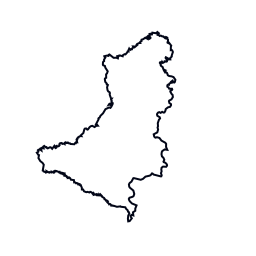 Lizarda, Tocantins, Brazil, rotated 46°
{"feature_id": "56859067B27503487579570", "entity_name": "Lizarda", "entity_type": "district", "adm_level": 2, "iso_a3": "BRA", "parent_name": "Brazil", "parent_adm1": "Tocantins", "projection": "albers", "projection_center": [-46.961, -9.496], "detail": "fine", "context": "isolated", "style": "outline", "palette": "ink", "viewbox_px": 256, "rotation_deg": 46, "n_neighbors": 0, "source": "geoboundaries", "source_scale": "gbopen_adm2", "svg_char_len": 5800}
<svg xmlns="http://www.w3.org/2000/svg" viewBox="0 0 256 256"><g transform="rotate(46 128 128)"><path d="M59.9,95.2L60.5,95.5L61.6,95.4L62.2,97.8L63.3,98.7L63.1,99.7L63.4,100.4L64.9,102.0L65.6,102.3L67.3,101.5L68.9,102.4L73.1,103.2L74.1,105.1L74.2,106.5L76.7,108.8L76.4,110.2L76.7,110.7L79.0,112.3L81.3,112.4L81.9,113.0L83.1,112.6L84.1,114.7L86.5,116.4L87.9,116.8L89.5,116.4L90.4,116.8L90.8,117.6L91.9,118.3L95.2,119.8L95.6,119.3L95.9,120.5L97.3,120.9L97.5,121.5L99.1,122.1L99.6,121.8L100.0,122.4L98.0,123.8L97.7,125.0L97.9,125.7L98.1,125.2L100.7,124.1L101.1,125.2L101.3,126.7L100.1,127.3L98.8,131.1L100.1,135.8L100.1,139.4L100.8,141.0L100.5,142.1L100.6,142.7L101.3,143.1L103.1,148.5L103.8,147.9L105.4,148.1L104.4,149.2L104.1,151.4L101.6,152.2L100.9,153.5L100.7,154.9L101.2,157.8L100.9,158.4L99.3,158.4L98.5,159.4L98.6,160.3L100.6,163.6L100.5,167.0L101.4,167.2L100.9,167.6L100.2,169.4L100.5,170.3L100.0,170.7L100.5,172.8L101.2,172.7L101.4,173.6L103.0,174.5L102.2,175.2L102.7,176.0L102.1,176.4L102.4,177.9L99.5,180.5L98.7,180.4L98.0,181.2L96.7,181.3L96.7,182.0L96.1,182.7L95.0,182.7L94.7,183.6L95.6,184.7L94.9,184.8L93.9,186.2L93.5,185.9L92.4,186.4L91.7,187.8L92.0,188.7L92.8,189.0L93.0,190.3L92.1,192.0L91.3,191.7L91.1,192.2L92.3,193.3L92.2,194.0L91.3,194.1L89.7,193.5L90.3,197.0L88.2,197.0L87.6,197.6L86.9,199.9L86.3,200.2L85.1,199.9L84.7,200.6L82.7,200.7L82.5,201.9L82.8,202.5L84.0,202.9L83.4,203.4L82.5,203.4L82.0,205.0L82.6,205.0L84.0,205.9L82.3,206.2L81.4,207.6L81.4,208.2L82.3,208.3L82.8,209.1L82.4,210.7L85.2,211.2L85.7,210.9L87.4,213.3L90.9,214.1L93.7,213.7L95.9,214.1L99.3,218.8L99.8,218.5L100.5,218.9L101.6,218.5L102.4,217.7L103.0,218.0L103.5,217.0L102.6,216.5L105.3,215.7L105.2,215.1L106.6,214.1L106.3,213.6L107.0,213.6L107.3,212.9L108.0,212.7L107.5,211.8L107.8,211.1L108.6,211.3L108.2,210.1L108.9,209.6L109.2,209.9L110.1,208.9L111.2,208.6L111.6,208.0L113.9,207.3L114.1,207.8L116.8,206.2L117.1,206.6L117.9,205.8L118.8,205.9L118.8,206.4L119.8,205.6L120.7,206.1L121.3,205.6L122.0,206.1L122.3,205.3L122.8,205.3L122.9,204.6L124.0,204.5L125.5,205.0L127.9,203.1L129.7,204.5L130.1,203.9L131.7,203.8L131.8,203.2L132.7,202.7L133.9,203.0L134.0,202.2L134.6,201.9L134.7,202.4L136.2,202.2L136.4,201.7L138.9,202.7L140.2,203.9L141.1,203.0L143.0,203.6L145.2,202.6L145.7,201.6L147.6,200.5L147.6,199.6L148.0,199.2L149.7,198.9L150.6,199.1L150.5,198.0L151.1,198.0L151.4,198.5L152.3,198.3L152.5,198.7L153.4,197.0L153.9,197.4L154.6,197.2L154.7,196.0L155.3,196.6L155.8,196.2L155.7,195.4L156.4,195.3L156.2,194.6L157.2,194.5L156.9,194.0L158.9,194.0L159.4,194.4L161.8,193.8L162.9,194.4L163.4,194.0L165.1,194.3L165.3,193.6L166.8,193.4L167.1,194.5L169.3,194.3L169.8,194.6L170.3,193.7L171.3,193.6L172.2,194.0L173.0,192.9L173.7,192.8L174.0,192.3L177.0,190.7L179.1,187.9L179.6,187.9L183.2,185.0L184.8,185.5L186.9,185.4L188.3,186.1L188.8,185.8L190.4,186.4L191.2,188.7L193.2,191.1L195.3,192.7L196.1,191.5L195.6,188.0L193.9,187.7L192.9,187.0L193.0,185.7L194.6,184.9L192.1,183.0L192.6,180.3L191.0,178.7L189.6,175.6L185.0,177.6L181.9,177.6L180.5,177.2L179.6,176.7L179.2,175.4L180.7,172.4L180.8,171.2L179.8,169.3L176.7,167.6L172.4,168.1L171.1,167.9L169.2,166.5L168.7,164.9L169.0,162.8L167.8,159.1L168.1,158.6L174.1,154.8L175.0,152.6L175.1,149.2L177.4,145.4L177.6,144.0L177.3,142.3L177.7,142.0L179.3,141.9L185.5,138.1L185.9,137.6L185.4,136.6L183.4,135.7L182.5,133.9L181.0,132.9L179.9,131.4L180.1,129.6L182.4,127.5L182.2,126.1L181.7,125.6L180.3,125.2L178.6,125.4L177.4,126.0L176.9,125.9L176.1,124.0L175.4,123.7L174.0,123.2L172.0,123.3L170.1,122.1L168.7,120.3L168.4,119.3L168.9,116.5L171.0,114.9L168.1,113.8L165.9,111.6L164.5,111.4L160.3,112.7L157.0,112.3L154.7,113.6L154.2,114.8L153.6,115.1L152.4,115.1L150.4,113.9L151.5,110.0L150.0,107.4L148.2,106.4L147.6,105.2L145.2,103.2L143.5,99.9L143.4,98.3L142.3,97.7L139.6,98.4L138.5,97.8L138.0,97.1L137.8,95.7L138.3,94.5L139.8,94.0L140.1,92.2L141.5,91.8L142.1,91.0L141.6,89.2L140.6,87.7L140.9,84.9L142.0,83.0L141.5,81.2L140.7,80.5L138.8,80.9L137.1,79.9L136.9,79.2L137.6,76.9L136.9,74.2L135.1,72.9L133.9,73.0L131.2,72.3L130.8,71.8L131.2,70.1L131.1,69.5L130.3,69.1L128.4,71.1L126.9,70.7L125.6,71.0L124.6,70.0L124.7,68.8L125.4,68.5L124.8,67.1L125.0,66.4L125.8,65.1L124.7,64.9L124.9,63.0L126.6,63.6L127.5,63.0L127.4,62.2L126.2,60.4L123.0,59.9L121.1,60.8L119.2,62.3L117.7,62.7L115.6,61.7L114.1,61.9L113.9,62.7L112.0,62.3L112.3,61.1L110.5,61.8L108.1,60.7L106.5,61.1L105.4,60.8L105.1,60.3L103.3,59.9L103.0,59.5L103.4,58.7L104.0,58.8L104.9,58.1L104.4,57.5L105.4,57.6L105.9,55.8L105.5,55.3L107.1,54.1L107.1,53.7L106.4,53.3L106.5,52.4L104.2,52.5L103.6,52.2L103.4,51.6L106.3,50.7L107.0,50.9L108.1,49.9L107.0,49.0L107.0,46.9L106.3,46.3L104.5,42.9L102.9,42.3L102.1,42.4L101.7,43.1L99.3,40.7L98.8,39.7L95.2,39.3L95.1,40.0L94.1,40.3L93.7,40.0L93.5,39.1L92.0,37.7L90.4,38.1L89.9,37.9L90.0,37.1L89.4,37.2L89.2,37.9L88.6,38.0L89.0,38.9L86.3,39.1L85.9,39.8L84.3,40.2L83.8,41.3L83.0,41.2L81.8,41.9L81.3,40.0L79.4,40.2L79.7,41.6L79.2,41.6L79.1,42.2L76.4,44.2L76.8,44.7L76.5,45.2L77.3,45.8L76.6,46.7L76.1,46.3L75.7,46.5L75.3,47.2L76.4,47.9L76.5,48.4L75.7,49.3L75.7,50.9L76.7,51.6L78.3,49.0L78.8,49.2L78.8,50.6L77.5,51.3L77.9,51.9L76.4,52.3L76.1,52.6L75.3,52.4L75.0,52.8L74.7,55.3L73.9,56.9L74.9,58.0L74.5,58.7L74.6,59.7L75.4,60.1L74.7,60.8L73.9,63.1L74.1,64.0L74.7,63.9L74.5,67.1L73.5,67.0L72.8,67.7L73.9,68.0L73.6,69.6L74.1,70.4L73.2,71.2L73.5,71.9L72.7,72.2L71.7,72.0L72.4,73.7L73.4,74.5L72.7,75.2L73.1,76.1L73.3,78.7L72.5,79.2L72.1,81.2L72.7,82.0L70.2,83.4L69.7,84.0L69.9,84.5L68.8,85.8L69.2,86.2L70.5,86.3L70.9,86.9L69.4,87.5L67.5,89.6L62.2,90.3L61.9,91.2L62.5,92.0L61.1,93.1L59.9,95.2ZM116.8,206.2L116.6,205.8L116.8,205.3L117.4,205.8L116.8,206.2ZM116.6,205.8L115.8,205.7L116.3,205.4L116.6,205.8ZM112.6,207.7L112.7,208.2L113.4,207.9L112.6,207.7Z" fill="none" stroke="#020617" stroke-width="2"/></g></svg>